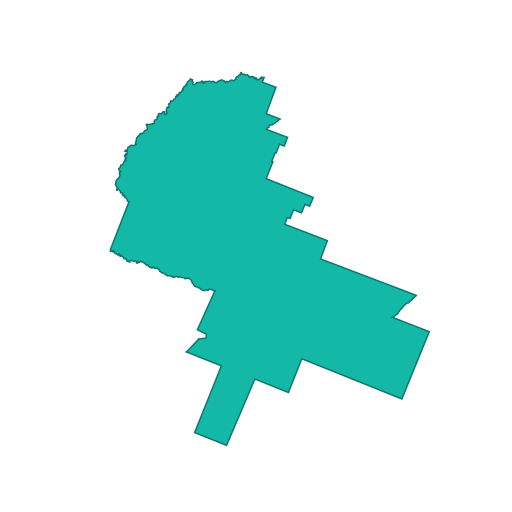 Tornquist, Buenos Aires, Argentina, rotated 247°
{"feature_id": "61730980B13616489731470", "entity_name": "Tornquist", "entity_type": "district", "adm_level": 2, "iso_a3": "ARG", "parent_name": "Argentina", "parent_adm1": "Buenos Aires", "projection": "albers", "projection_center": [-61.986, -38.263], "detail": "fine", "context": "isolated", "style": "filled", "palette": "teal", "viewbox_px": 512, "rotation_deg": 247, "n_neighbors": 0, "source": "geoboundaries", "source_scale": "gbopen_adm2", "svg_char_len": 6169}
<svg xmlns="http://www.w3.org/2000/svg" viewBox="0 0 512 512"><g transform="rotate(247 256 256)"><path d="M318.5,124.2L317.9,124.2L317.2,123.8L316.5,125.2L317.1,125.9L316.8,126.4L316.5,126.4L316.1,125.6L315.6,126.1L315.6,127.1L315.2,127.6L313.8,127.1L312.6,128.1L311.9,129.0L311.0,129.2L310.6,129.9L311.4,130.3L311.5,130.8L311.1,131.0L310.2,130.5L309.7,130.5L310.1,131.8L310.0,132.0L309.5,131.9L309.4,131.2L308.8,131.2L308.4,131.7L308.9,132.1L307.9,133.1L305.2,133.4L304.2,135.3L301.8,135.2L301.4,135.5L301.4,136.4L299.8,137.0L299.8,137.3L300.0,137.6L300.6,137.8L300.5,138.4L300.8,138.7L300.5,139.1L300.2,140.4L299.0,141.2L299.0,141.7L298.7,142.0L298.6,143.3L297.7,143.6L297.3,144.1L297.0,143.4L296.1,143.5L295.7,143.8L296.0,144.5L295.9,145.1L296.3,145.0L297.0,145.4L296.9,145.9L296.0,146.1L296.3,147.6L296.2,148.0L295.4,148.0L295.3,148.8L294.4,149.7L293.6,149.9L293.2,150.9L292.5,150.8L292.3,151.2L291.6,151.1L290.3,151.8L290.5,152.4L290.3,152.8L289.6,153.0L289.1,152.9L288.6,153.3L288.0,153.3L287.2,153.7L287.2,154.5L286.7,154.9L286.0,154.9L286.0,155.4L285.6,155.7L286.0,156.4L286.0,157.4L285.1,157.4L284.2,157.8L284.2,158.6L283.5,159.6L283.2,160.6L282.7,160.6L280.5,161.7L279.9,161.8L279.6,161.4L277.8,162.7L277.0,162.9L276.8,163.9L276.2,164.6L274.4,165.4L273.2,166.1L272.9,166.7L272.2,166.9L271.5,169.2L271.0,169.6L270.7,170.1L269.5,170.7L269.5,171.6L268.7,171.6L268.3,173.4L268.6,174.3L267.6,175.8L266.8,176.0L267.0,177.1L265.1,179.5L264.3,181.0L262.9,181.7L262.7,182.5L262.9,183.1L262.5,183.4L262.6,184.4L262.2,184.9L261.9,184.9L261.7,185.6L259.7,186.7L257.4,187.1L256.7,186.7L253.4,187.5L252.8,188.1L252.2,187.8L251.0,188.8L250.1,190.3L249.1,190.7L247.7,192.2L246.8,192.3L245.0,193.8L244.0,195.6L244.4,196.5L244.4,197.3L244.2,197.6L243.4,197.8L243.1,198.5L243.4,199.3L244.0,200.0L243.9,200.4L243.8,200.7L243.4,200.7L242.2,202.3L240.9,203.3L240.2,204.8L211.0,173.2L203.5,179.8L199.9,178.0L202.0,170.9L195.5,156.2L195.0,154.3L168.4,181.2L117.4,130.5L93.2,154.9L143.2,206.9L117.7,232.5L143.5,258.0L67.4,334.4L118.6,385.9L146.3,357.5L146.5,358.3L146.3,359.6L146.8,360.8L147.5,363.7L148.4,365.2L149.0,365.7L149.3,366.8L150.4,368.0L150.7,369.7L151.7,370.7L151.8,371.6L152.7,373.2L153.7,377.0L153.3,377.8L153.4,378.5L154.2,379.8L154.7,382.5L155.6,383.3L155.8,385.3L156.8,386.8L156.8,387.9L157.1,388.2L228.1,314.2L242.2,327.7L274.0,294.8L279.2,299.9L277.2,302.0L283.8,308.6L278.0,314.8L284.4,321.3L280.9,324.8L287.5,331.6L323.2,295.6L336.1,308.3L336.9,307.5L343.6,314.1L343.0,314.9L349.7,321.3L346.2,324.9L352.9,331.4L368.6,314.9L369.6,316.7L369.3,317.7L369.4,318.2L371.1,319.2L370.4,322.0L371.2,326.2L371.5,326.7L371.7,328.8L372.6,330.6L372.7,331.6L383.0,321.0L403.5,340.3L413.5,329.7L417.2,333.2L417.5,332.5L417.4,332.0L417.0,331.8L417.7,331.4L417.7,330.9L418.2,331.0L417.9,330.6L418.3,329.9L417.6,328.9L417.6,327.8L417.3,327.4L417.3,326.9L417.7,326.6L417.9,325.6L419.0,325.3L419.2,325.8L419.4,325.8L419.2,325.2L419.7,325.2L419.6,324.7L419.9,324.1L420.3,324.2L420.5,324.6L421.1,323.7L421.4,323.9L422.4,323.4L422.9,323.6L422.4,323.3L422.6,322.4L423.0,321.9L422.5,321.2L422.7,320.9L423.1,320.7L422.8,320.5L423.1,319.9L423.5,319.5L424.5,319.6L426.3,318.9L426.3,318.1L426.7,317.2L427.9,316.1L428.5,314.3L429.4,314.4L429.6,313.9L429.5,313.3L429.9,313.4L430.3,314.1L430.6,314.1L430.5,313.3L429.1,312.2L429.1,311.3L428.8,310.1L428.4,309.6L428.5,308.7L428.1,307.5L427.8,307.0L426.5,306.3L426.3,304.7L425.9,303.9L427.1,303.0L427.7,301.6L427.2,300.4L427.4,298.7L427.2,298.3L427.2,297.7L428.2,296.9L427.5,295.8L429.7,295.0L431.6,293.1L431.7,292.4L431.5,291.6L431.7,289.5L431.0,287.8L431.0,287.3L432.3,285.5L433.2,285.4L433.7,283.9L433.8,282.7L435.1,281.6L435.5,279.4L436.3,278.2L436.3,277.7L436.3,277.0L435.3,276.1L435.6,274.8L436.1,274.8L436.9,275.6L437.7,275.2L438.3,274.3L437.4,272.9L437.6,272.1L438.1,271.5L438.7,268.9L438.2,268.3L437.9,267.1L437.9,266.1L438.0,265.7L438.6,265.1L439.4,265.0L440.3,265.5L440.6,266.0L442.0,265.4L442.4,266.2L442.8,266.4L443.7,265.8L444.6,264.7L443.8,263.7L443.4,262.1L443.1,261.7L442.7,260.5L441.5,259.6L441.3,258.7L441.1,258.6L440.5,259.0L440.1,258.7L440.1,257.4L439.9,257.1L440.2,256.3L439.8,255.6L438.6,254.3L438.4,253.7L438.0,253.7L437.7,254.1L437.4,253.9L437.2,253.3L437.4,252.9L436.3,251.8L436.3,250.9L435.8,250.4L436.4,249.4L435.6,248.5L434.6,248.2L435.0,246.7L434.4,246.6L434.8,245.9L433.7,246.0L433.5,245.7L434.1,245.1L434.1,244.4L433.0,243.7L432.2,242.9L432.3,241.3L431.3,240.4L431.1,239.9L431.7,239.0L432.1,237.9L430.3,236.9L430.1,235.0L429.8,234.8L428.2,234.8L427.6,234.2L427.0,233.3L427.6,232.7L427.2,231.6L424.3,229.9L422.8,230.2L422.0,229.4L421.6,228.6L421.5,228.2L422.6,227.2L422.9,227.3L423.4,228.1L423.7,228.2L424.6,227.9L425.1,227.5L424.8,226.2L423.9,224.4L424.1,223.7L424.9,223.0L424.7,221.4L422.7,220.7L423.0,219.6L420.9,218.7L420.7,218.4L420.5,217.4L420.7,216.0L419.8,214.9L418.2,214.3L417.6,213.6L417.6,213.1L418.3,212.4L418.1,211.7L418.6,210.4L418.6,209.1L419.9,207.2L419.9,206.6L419.2,206.1L418.3,206.6L417.0,206.0L416.1,206.0L414.7,205.1L414.9,203.5L414.7,202.4L414.5,201.8L413.4,201.0L413.4,199.9L413.2,199.3L413.3,198.8L413.9,198.1L413.6,197.6L413.8,197.0L412.6,195.7L412.4,194.2L411.7,193.3L411.2,192.1L408.9,190.8L407.0,189.1L406.8,189.0L405.9,189.5L405.5,189.2L405.4,187.7L405.8,185.4L406.6,184.8L406.6,184.0L406.5,183.0L406.1,182.4L406.1,180.8L404.2,178.9L404.0,178.3L404.3,176.8L403.7,176.3L403.3,176.6L403.1,177.4L403.2,178.2L402.6,178.5L400.3,177.2L400.8,176.0L400.8,175.8L399.0,175.6L399.1,175.2L399.8,174.6L399.9,174.2L397.8,174.3L397.6,174.1L396.5,174.7L396.2,173.3L394.7,173.4L394.6,173.1L394.8,172.1L392.2,168.8L392.2,167.8L392.5,167.4L392.5,167.2L391.7,167.3L391.6,166.4L390.5,165.3L390.0,163.9L389.7,163.6L388.0,163.5L387.7,163.5L387.5,164.0L387.0,164.0L386.4,164.4L386.0,163.3L386.0,162.8L384.9,162.4L383.1,162.3L382.7,161.4L381.8,160.9L380.7,157.9L379.8,156.6L376.5,154.5L374.3,154.9L372.8,154.7L371.3,153.6L370.9,153.7L370.8,154.1L371.4,155.2L371.3,155.5L368.7,156.4L367.1,156.0L366.9,156.9L366.0,158.0L365.1,157.0L363.7,157.0L363.4,157.3L363.2,158.6L362.5,158.2L361.1,158.2L360.0,159.1L358.9,159.5L356.9,159.1L355.7,160.4L318.5,124.2Z" fill="#14b8a6" stroke="#0f766e" stroke-width="1.5"/></g></svg>